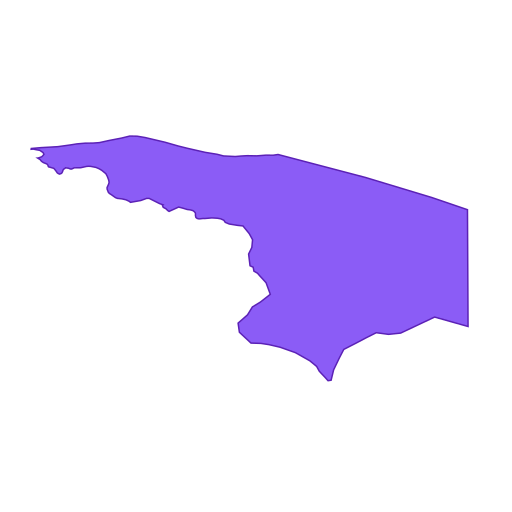 outline of Keur Macene, Trarza, Mauritania, rotated 85°
{"feature_id": "47542326B95460333313215", "entity_name": "Keur Macene", "entity_type": "district", "adm_level": 2, "iso_a3": "MRT", "parent_name": "Mauritania", "parent_adm1": "Trarza", "projection": "mercator", "projection_center": [-16.333, 16.533], "detail": "fine", "context": "isolated", "style": "filled", "palette": "violet", "viewbox_px": 512, "rotation_deg": 85, "n_neighbors": 0, "source": "geoboundaries", "source_scale": "gbopen_adm2", "svg_char_len": 2194}
<svg xmlns="http://www.w3.org/2000/svg" viewBox="0 0 512 512"><g transform="rotate(85 256 256)"><path d="M386.3,192.0L376.2,188.6L364.9,181.9L356.7,176.7L351.5,163.9L347.2,153.7L342.9,142.9L345.6,130.8L345.4,118.6L332.4,83.4L344.7,50.9L228.3,41.3L213.0,75.9L187.3,140.1L156.8,225.2L157.1,230.1L156.4,237.2L156.3,246.6L155.3,256.0L155.1,262.2L155.1,267.9L153.5,279.6L151.3,285.8L148.3,297.6L142.7,315.0L139.6,324.0L134.7,336.8L128.3,356.2L126.3,363.9L125.5,371.3L126.8,379.7L128.1,392.2L129.4,402.2L129.3,408.6L128.7,416.6L128.7,424.6L129.2,431.7L129.8,443.8L129.6,451.3L129.3,460.5L129.3,464.5L129.3,470.5L130.1,470.7L130.1,468.5L130.9,465.9L131.9,462.2L134.4,459.1L136.2,458.4L137.4,459.5L138.4,460.7L138.9,462.4L139.2,463.6L139.4,464.7L139.4,465.0L141.2,462.6L142.9,461.5L144.4,459.7L146.1,456.3L147.5,455.3L148.5,455.2L149.1,454.9L149.7,453.3L150.4,451.5L151.0,449.9L151.8,449.2L153.8,447.9L155.9,446.7L156.7,445.7L157.3,444.6L156.9,443.0L156.4,442.2L155.2,441.4L153.7,440.8L152.8,440.1L152.1,438.7L151.5,438.1L151.9,436.5L152.2,435.1L153.1,433.5L153.2,432.6L153.3,432.1L152.7,430.4L152.3,429.3L152.8,423.0L152.0,417.1L152.0,415.1L152.3,412.9L153.8,407.7L155.4,404.7L157.3,402.1L160.9,398.4L163.7,397.2L167.3,396.2L169.7,395.9L171.4,396.5L174.8,398.4L176.4,398.5L179.8,397.5L181.0,396.5L182.2,394.9L185.6,390.9L186.5,389.1L187.4,384.6L188.7,380.6L190.5,377.5L191.6,376.4L190.7,366.0L189.1,360.0L189.3,357.4L195.4,347.5L196.9,344.2L197.3,344.8L198.0,344.6L199.4,344.2L200.4,342.7L200.9,341.8L203.1,339.9L204.0,338.7L200.5,328.8L201.9,324.9L203.7,320.4L204.3,317.5L205.3,314.9L206.2,313.8L207.5,312.8L208.5,312.6L210.6,312.8L212.4,312.5L213.5,311.3L214.0,309.8L214.1,308.9L214.0,305.5L214.2,303.8L214.2,296.7L215.0,291.2L215.9,287.9L217.6,284.9L219.8,283.7L221.8,279.9L223.9,271.6L224.9,266.4L233.1,260.8L239.5,258.0L247.1,259.4L253.4,263.2L265.2,262.8L266.9,259.8L270.9,259.4L273.3,256.0L275.8,254.2L283.5,248.3L295.4,245.1L302.3,255.7L306.4,264.0L313.9,269.6L321.3,279.7L330.5,279.2L342.3,268.6L343.5,258.7L345.4,250.9L349.0,239.9L355.7,225.2L365.1,211.5L371.3,205.2L376.3,203.0L379.0,200.9L382.5,198.1L386.5,195.1L386.3,192.0Z" fill="#8b5cf6" stroke="#5b21b6" stroke-width="1.5"/></g></svg>